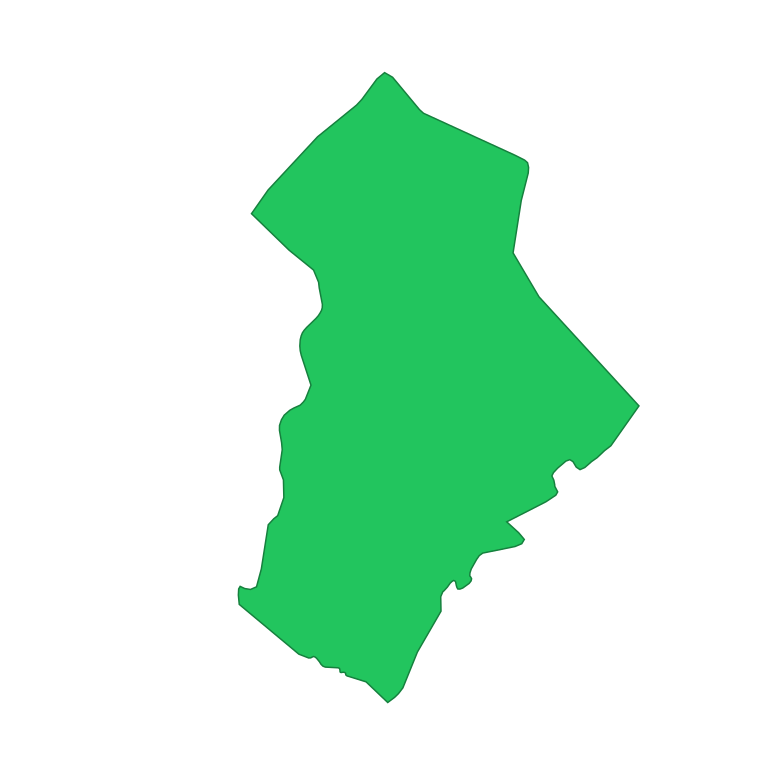 the Province of Dhi-Qar, rotated 220°
{"feature_id": "IRQ-3225", "entity_name": "Dhi-Qar", "entity_type": "Province", "adm_level": 1, "iso_a3": "IRQ", "parent_name": "Iraq", "parent_adm1": "", "projection": "mercator", "projection_center": [46.195, 31.256], "detail": "fine", "context": "isolated", "style": "filled", "palette": "green", "viewbox_px": 768, "rotation_deg": 220, "n_neighbors": 0, "source": "natural_earth", "source_scale": "10m", "svg_char_len": 1887}
<svg xmlns="http://www.w3.org/2000/svg" viewBox="0 0 768 768"><g transform="rotate(220 384 384)"><path d="M194.3,246.6L186.1,200.1L174.2,163.3L173.9,156.1L174.4,151.0L176.4,142.4L206.3,144.3L224.7,136.6L226.3,136.6L227.6,137.8L228.8,137.7L230.0,137.0L231.3,135.5L232.1,135.1L232.9,135.5L233.7,136.4L235.2,137.5L236.6,137.2L247.0,129.4L249.4,128.6L252.1,128.8L254.8,129.7L259.5,130.6L261.6,130.5L263.0,129.8L264.1,127.1L265.6,125.7L275.6,122.3L353.2,122.1L359.9,128.7L363.6,133.6L364.1,136.5L359.2,137.8L354.2,140.8L351.3,146.7L359.1,163.5L382.2,201.8L381.8,210.1L380.8,214.8L387.7,232.6L399.4,245.9L408.7,251.2L410.4,253.2L419.7,268.2L424.7,273.2L434.3,281.3L437.4,285.1L439.6,290.7L440.4,296.1L439.3,303.2L437.7,307.5L434.6,313.9L434.2,318.4L434.4,321.7L439.2,336.2L465.8,352.8L469.5,355.6L472.9,359.0L476.7,364.2L478.4,367.7L479.4,370.8L479.7,373.9L479.6,377.8L478.3,390.2L478.2,393.9L478.6,397.3L479.2,400.2L480.3,402.7L482.4,405.4L495.3,415.9L499.5,419.9L511.2,426.0L542.6,425.5L595.0,429.3L597.5,458.2L593.8,530.7L586.2,570.1L584.3,580.0L583.9,587.8L585.5,613.1L583.7,622.9L574.6,624.5L533.2,617.0L527.7,616.8L430.1,643.6L420.2,645.9L416.3,645.8L412.4,642.8L409.1,638.3L396.8,612.8L369.4,567.4L321.3,550.4L174.6,531.1L170.5,482.5L172.2,474.8L173.4,464.5L175.1,458.1L176.5,449.1L178.8,444.4L183.3,443.9L189.3,446.0L193.0,445.5L195.1,441.9L196.9,431.1L197.2,425.0L196.3,421.5L194.5,420.6L192.1,419.5L188.5,416.6L187.4,415.4L181.6,413.0L180.9,409.3L184.2,398.0L201.4,357.3L185.0,356.6L176.6,355.1L175.8,350.2L179.1,343.8L199.7,317.9L200.7,313.8L200.3,309.2L198.3,298.5L196.7,294.5L195.0,292.2L193.3,291.8L191.7,291.1L190.7,289.1L190.6,286.0L192.5,278.4L194.0,275.7L195.7,274.4L197.3,275.0L198.9,276.0L201.9,278.4L203.2,278.7L204.4,278.2L205.0,276.5L205.3,273.9L204.9,269.2L205.1,264.3L205.4,262.6L203.8,257.5L194.3,246.6Z" fill="#22c55e" stroke="#15803d" stroke-width="1.5"/></g></svg>